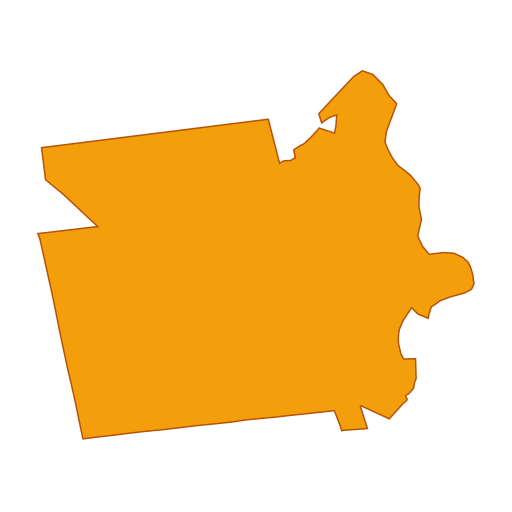 Zadareni, Arad, Romania (orthographic projection), rotated 92°
{"feature_id": "2599482B66097007845459", "entity_name": "Zadareni", "entity_type": "district", "adm_level": 2, "iso_a3": "ROU", "parent_name": "Romania", "parent_adm1": "Arad", "projection": "orthographic", "projection_center": [21.215, 46.122], "detail": "fine", "context": "isolated", "style": "filled", "palette": "amber", "viewbox_px": 512, "rotation_deg": 92, "n_neighbors": 0, "source": "geoboundaries", "source_scale": "gbopen_adm2", "svg_char_len": 2310}
<svg xmlns="http://www.w3.org/2000/svg" viewBox="0 0 512 512"><g transform="rotate(92 256 256)"><path d="M248.0,472.2L291.5,460.9L295.9,459.7L306.8,457.0L323.2,453.1L341.7,448.7L363.7,443.2L371.5,441.3L377.5,439.7L391.4,435.9L409.0,431.3L422.7,428.0L432.3,425.7L443.0,423.0L444.8,422.5L442.8,410.2L439.6,389.3L437.0,373.1L435.5,363.2L432.9,343.7L431.3,333.0L429.4,321.0L428.2,313.2L427.2,306.5L425.0,290.1L422.7,274.0L420.3,261.3L420.0,259.2L417.5,240.1L416.4,231.2L414.4,218.4L412.1,202.0L409.5,183.9L408.1,174.4L407.8,172.3L424.5,165.2L427.6,164.4L427.0,161.2L425.1,143.1L424.5,138.6L402.6,146.5L402.1,145.6L414.1,117.1L402.5,107.4L400.7,105.9L398.8,104.4L396.2,101.6L395.1,100.4L394.6,100.1L393.6,100.0L391.4,101.3L390.6,101.5L390.1,101.5L389.8,101.1L389.5,100.7L389.0,99.6L387.8,98.1L383.9,94.8L383.2,94.4L382.5,94.0L380.5,93.6L376.8,93.1L373.0,91.7L355.6,92.8L353.1,93.0L353.8,104.7L348.8,107.8L338.9,110.4L334.9,110.8L333.2,110.9L328.3,110.7L324.2,110.1L317.9,107.8L314.7,106.3L302.2,98.7L308.4,92.2L312.2,81.8L308.6,81.2L300.9,79.1L294.2,70.2L290.0,60.2L285.7,46.4L281.7,39.4L276.2,37.2L267.1,38.7L259.7,41.2L254.7,43.9L250.2,49.2L246.4,58.0L246.3,60.2L246.0,68.6L248.3,83.0L240.4,90.0L230.4,95.1L217.6,92.7L213.8,91.9L201.0,94.9L190.7,95.0L182.6,94.3L178.8,96.6L169.9,104.5L166.3,109.1L162.2,115.0L160.8,117.0L153.5,122.9L146.0,127.3L137.7,131.1L127.0,130.0L119.1,127.4L102.6,121.9L99.0,120.7L96.8,122.8L90.8,128.8L80.4,135.1L70.6,145.5L67.2,156.2L73.1,164.5L92.3,181.4L111.6,198.2L119.4,195.5L120.8,195.0L117.9,191.4L115.2,187.7L113.6,184.3L112.5,180.5L112.4,180.3L115.1,180.4L115.4,180.4L118.6,180.5L121.6,180.6L122.5,180.7L123.6,180.7L124.8,180.9L126.9,181.2L128.1,181.4L129.9,181.7L130.5,181.8L125.9,197.4L128.3,199.1L129.9,200.5L131.4,201.8L133.8,203.9L136.2,206.0L138.2,208.0L138.9,208.9L141.2,210.8L142.9,213.2L143.4,214.0L143.5,214.7L144.7,216.4L145.9,218.0L146.5,219.1L147.2,220.1L148.8,222.0L151.4,221.4L153.3,220.9L155.3,220.4L156.0,220.5L156.8,220.1L156.8,220.9L158.1,222.8L159.4,224.8L159.8,231.0L160.7,232.9L162.4,235.7L118.9,248.5L125.3,288.5L131.7,328.1L153.1,460.9L155.0,473.1L155.3,474.1L157.7,473.7L187.1,469.0L200.5,451.5L203.3,448.2L217.6,431.9L232.1,415.2L234.7,432.1L241.2,474.8L246.7,472.5L247.4,472.4L248.0,472.2Z" fill="#f59e0b" stroke="#b45309" stroke-width="1.5"/></g></svg>